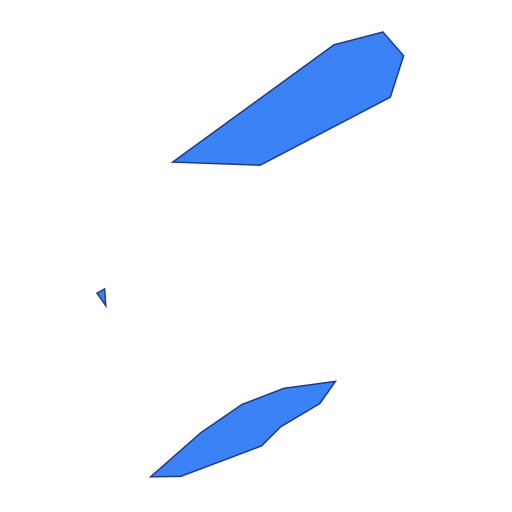 the state/province of Johnston Atoll, rotated 176°
{"feature_id": "UMI-5174", "entity_name": "Johnston Atoll", "entity_type": "state/province", "adm_level": 1, "iso_a3": "UMI", "parent_name": "United States Minor Outlying Islands", "parent_adm1": "", "projection": "natural_earth1", "projection_center": [-169.53, 16.742], "detail": "fine", "context": "isolated", "style": "filled", "palette": "blue", "viewbox_px": 512, "rotation_deg": 176, "n_neighbors": 0, "source": "natural_earth", "source_scale": "10m", "svg_char_len": 418}
<svg xmlns="http://www.w3.org/2000/svg" viewBox="0 0 512 512"><g transform="rotate(176 256 256)"><path d="M245.5,346.3L332.6,355.5L163.4,461.3L113.8,470.6L94.8,445.4L110.9,405.1L245.5,346.3ZM263.7,66.2L346.5,41.4L376.5,43.1L322.9,83.9L280.1,109.0L237.3,122.1L185.5,125.4L202.6,104.4L243.3,83.9L263.7,66.2ZM409.3,233.7L409.3,216.9L417.2,230.0L409.3,233.7Z" fill="#3b82f6" stroke="#1e3a8a" stroke-width="1.5"/></g></svg>